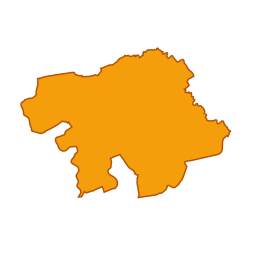 Bang Rachan, Sing Buri, Thailand (orthographic projection), rotated 347°
{"feature_id": "78962969B85882398949234", "entity_name": "Bang Rachan", "entity_type": "district", "adm_level": 2, "iso_a3": "THA", "parent_name": "Thailand", "parent_adm1": "Sing Buri", "projection": "orthographic", "projection_center": [100.278, 14.891], "detail": "fine", "context": "isolated", "style": "filled", "palette": "amber", "viewbox_px": 256, "rotation_deg": 347, "n_neighbors": 0, "source": "geoboundaries", "source_scale": "gbopen_adm2", "svg_char_len": 5759}
<svg xmlns="http://www.w3.org/2000/svg" viewBox="0 0 256 256"><g transform="rotate(347 128 128)"><path d="M197.5,77.5L197.4,76.5L197.6,74.8L197.5,74.1L196.9,73.6L196.5,73.5L193.8,74.0L192.3,74.9L191.9,75.0L191.5,75.0L191.0,74.7L190.5,74.1L188.3,70.1L188.0,69.4L187.7,68.0L187.6,67.8L187.3,67.5L186.8,67.4L186.2,67.5L184.3,68.8L183.9,69.0L183.4,69.1L182.8,68.9L182.2,67.8L182.0,66.3L182.3,65.7L183.1,64.8L183.3,64.1L183.1,63.7L182.7,63.4L182.2,63.4L181.0,63.5L180.0,64.0L179.6,64.1L179.1,64.0L178.6,63.6L178.4,63.2L178.4,62.8L179.2,62.0L179.2,61.6L178.2,61.2L177.8,60.6L177.0,60.0L176.7,59.2L175.5,58.6L175.3,58.2L175.4,57.4L175.2,57.1L174.8,56.9L174.1,57.0L173.4,57.8L172.6,57.8L172.1,57.9L171.5,57.7L170.4,58.0L169.9,57.8L169.0,57.1L166.7,56.9L165.6,56.6L164.4,56.5L164.1,56.6L162.3,57.9L161.9,58.0L161.6,58.0L161.0,57.4L160.6,57.3L159.2,58.5L159.3,59.9L159.1,60.4L158.8,60.6L157.8,60.8L156.3,61.8L155.1,61.9L154.9,60.6L154.8,60.1L154.5,59.6L154.0,59.3L153.4,59.1L152.9,59.1L151.6,60.1L151.2,60.1L150.8,59.9L151.1,58.8L151.0,58.6L149.6,58.5L148.2,59.0L147.3,59.0L145.8,58.5L144.5,57.3L142.7,57.5L142.0,57.1L141.4,56.6L139.8,57.5L138.7,57.9L135.5,58.5L134.3,59.2L132.2,60.9L127.4,63.0L126.8,63.0L125.8,62.7L125.2,62.7L123.7,62.4L122.7,62.9L121.8,63.0L119.5,63.0L118.7,63.4L117.6,63.5L116.6,63.7L114.8,63.7L115.0,65.5L114.9,66.3L110.4,70.2L109.3,69.3L107.9,68.9L103.8,69.1L101.5,69.0L94.9,67.7L95.0,67.0L95.0,66.6L94.8,66.5L94.1,66.5L93.4,66.2L92.6,66.2L91.7,65.8L90.5,65.1L89.8,64.9L89.2,64.0L88.6,64.0L88.5,63.0L88.2,62.7L88.2,62.3L88.0,61.9L87.3,61.7L86.9,61.4L68.9,59.9L65.7,59.9L64.2,59.6L56.9,59.4L52.9,59.9L52.6,59.4L50.9,59.7L50.8,61.9L49.9,65.5L47.0,71.1L46.6,72.2L46.2,74.5L45.7,75.1L44.6,76.0L43.9,76.4L43.0,76.8L41.5,77.2L36.9,76.9L33.7,77.5L32.2,78.6L30.2,79.3L29.7,79.6L29.4,80.0L29.0,81.1L28.9,82.2L29.1,83.5L29.6,85.7L29.9,87.3L29.5,90.8L29.6,91.7L30.0,92.5L31.3,93.6L32.4,94.7L33.3,96.1L33.6,96.9L33.3,103.9L33.9,106.1L33.5,108.7L33.7,109.3L34.2,109.7L36.8,111.0L40.5,113.1L41.8,113.7L42.5,113.8L45.3,113.4L48.0,112.2L52.0,111.4L59.7,109.1L60.8,108.6L61.0,108.6L64.7,106.9L65.1,106.7L65.6,106.8L67.1,107.2L69.6,108.6L70.3,109.5L71.4,109.0L71.5,109.8L73.6,114.3L70.8,115.6L68.3,116.2L66.7,117.1L66.0,117.8L65.0,119.7L64.7,120.0L64.0,120.3L63.4,120.4L61.6,120.5L59.5,121.1L58.8,121.1L57.4,121.0L56.5,121.1L56.0,121.3L55.2,122.1L54.8,122.8L54.6,123.5L54.7,125.6L54.9,126.6L55.3,127.3L55.6,128.4L56.2,132.4L56.7,133.4L57.3,134.2L57.9,134.8L58.7,135.5L59.5,135.8L60.3,136.0L61.6,136.1L62.3,136.0L63.0,135.8L64.3,134.9L65.4,134.3L67.1,133.6L67.7,133.4L70.4,133.9L72.1,134.0L72.4,134.1L73.3,134.6L73.6,135.2L73.8,135.7L73.8,137.9L73.5,139.3L73.1,140.1L72.4,140.6L71.6,140.8L70.8,141.3L70.2,141.9L69.1,143.8L65.8,146.5L65.4,147.2L65.0,148.5L65.1,149.1L65.3,149.5L66.7,151.1L69.7,153.7L70.4,154.9L70.7,156.7L70.6,158.1L70.3,158.8L69.0,160.4L67.4,161.8L66.8,162.7L66.7,163.4L66.8,164.3L67.5,167.7L67.5,169.4L67.2,170.1L65.8,171.7L65.3,173.1L65.3,173.7L65.5,174.2L67.6,177.6L67.8,178.6L67.8,179.3L67.4,180.4L67.0,181.1L64.2,184.0L64.8,184.2L66.1,184.2L67.2,184.6L70.9,180.7L71.2,180.2L72.6,181.7L72.8,181.8L73.2,181.8L78.6,181.2L79.4,181.4L80.4,181.3L81.3,180.9L86.8,179.9L89.6,179.3L90.2,182.2L90.3,185.2L100.0,183.6L101.1,183.8L101.7,184.1L104.2,181.9L104.9,180.7L105.5,178.3L105.4,176.6L104.5,174.4L103.9,173.5L103.1,172.5L99.8,169.3L99.1,168.4L98.6,166.6L98.7,165.8L99.0,165.1L99.5,164.3L101.7,163.1L102.2,162.7L102.6,162.2L103.4,159.4L103.9,158.5L104.3,157.4L104.3,156.0L104.1,153.7L109.6,152.6L112.9,152.3L114.1,151.9L115.8,156.2L117.1,159.3L117.3,160.1L119.8,166.2L120.6,167.5L121.5,168.2L122.3,169.4L123.3,170.2L124.3,172.3L124.9,173.3L124.4,173.7L124.3,173.8L125.3,175.1L125.7,175.5L126.8,175.8L127.0,175.9L126.6,177.1L126.4,178.1L125.3,179.6L125.5,180.7L124.7,182.6L124.4,184.3L123.9,194.8L123.8,195.1L123.5,195.6L122.5,198.1L140.5,199.5L143.7,198.7L145.9,198.9L147.3,198.6L151.3,196.3L152.2,195.2L153.5,193.1L154.0,192.9L154.8,193.2L155.7,193.8L158.1,195.9L158.9,196.3L159.9,196.5L160.4,196.4L160.8,196.3L162.8,195.3L164.4,194.4L165.2,193.8L165.9,193.0L168.8,190.6L170.5,188.5L174.0,183.1L174.8,181.5L175.6,180.6L176.2,179.3L176.7,178.7L175.7,176.1L175.2,175.4L175.9,173.7L179.9,173.6L180.5,173.7L181.0,173.9L209.6,174.0L210.9,173.8L212.1,173.3L213.4,172.4L214.3,171.5L214.7,170.7L215.1,169.7L217.2,162.2L218.1,160.5L218.5,160.1L219.2,159.6L222.5,157.7L223.1,158.3L223.5,158.8L225.0,156.8L225.7,154.9L227.1,154.3L227.1,153.9L225.6,152.6L225.0,151.0L224.9,149.7L224.2,148.9L223.1,146.8L222.7,145.6L222.5,143.6L222.1,142.6L221.0,142.4L217.4,144.1L216.7,144.2L216.2,143.9L216.0,143.4L215.9,142.6L216.2,140.8L216.1,140.2L214.8,139.8L212.8,140.1L211.8,140.1L210.8,139.8L209.6,139.6L208.3,139.2L207.7,138.9L206.9,138.3L206.6,137.7L206.6,136.6L205.9,135.4L206.1,134.6L207.2,133.6L207.4,132.7L206.1,131.4L205.8,131.0L206.0,130.2L206.5,128.9L206.3,127.4L205.7,125.4L204.8,124.3L204.4,123.4L204.0,123.0L203.4,122.6L202.0,122.5L201.5,122.2L201.3,121.9L201.2,120.4L201.0,119.9L200.6,119.6L200.2,119.6L199.8,119.7L199.1,120.8L198.7,121.0L198.2,120.9L197.1,120.4L196.7,119.9L196.5,119.2L197.1,117.6L197.5,117.1L198.6,116.7L199.1,116.3L199.3,115.9L199.3,115.6L198.4,114.6L198.2,114.1L198.6,112.9L198.5,112.3L198.2,112.1L197.3,111.9L197.1,111.6L197.4,110.2L197.6,108.1L197.5,107.9L197.2,107.8L196.1,108.1L195.8,107.8L195.5,106.8L195.1,106.5L194.9,106.5L194.2,106.9L193.8,107.0L193.0,106.8L192.2,106.3L191.8,105.9L191.8,105.5L192.7,104.5L192.9,103.9L192.8,103.7L191.6,102.9L194.8,101.6L197.2,100.2L196.4,98.4L196.7,97.9L196.2,97.1L196.0,96.2L196.3,95.8L197.2,94.8L197.6,94.0L199.6,93.6L202.5,92.6L203.0,92.7L203.6,92.5L203.8,90.9L202.7,88.1L201.0,85.9L199.7,83.6L199.4,82.6L198.9,80.4L197.5,77.5Z" fill="#f59e0b" stroke="#b45309" stroke-width="1.5"/></g></svg>